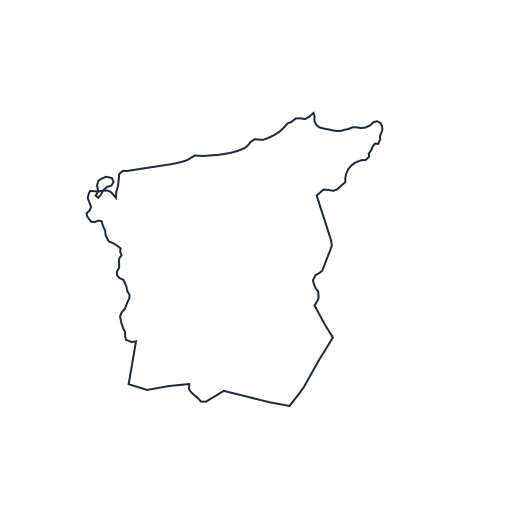 Ipojuca, Pernambuco, Brazil, rotated 239°
{"feature_id": "56859067B31320114840690", "entity_name": "Ipojuca", "entity_type": "district", "adm_level": 2, "iso_a3": "BRA", "parent_name": "Brazil", "parent_adm1": "Pernambuco", "projection": "robinson", "projection_center": [-35.046, -8.459], "detail": "fine", "context": "isolated", "style": "outline", "palette": "slate", "viewbox_px": 512, "rotation_deg": 239, "n_neighbors": 0, "source": "geoboundaries", "source_scale": "gbopen_adm2", "svg_char_len": 2479}
<svg xmlns="http://www.w3.org/2000/svg" viewBox="0 0 512 512"><g transform="rotate(239 256 256)"><path d="M211.7,80.8L199.9,91.3L197.3,93.6L189.3,114.6L180.6,132.9L176.7,130.1L173.3,130.1L169.4,131.2L162.9,133.3L159.6,133.8L156.9,138.1L157.0,158.9L123.7,192.2L110.2,207.5L115.5,221.3L118.8,229.2L134.2,256.1L146.5,279.9L161.7,279.7L183.5,280.7L185.6,285.0L187.7,287.9L193.4,291.0L197.5,290.5L202.0,291.2L205.8,292.2L208.9,297.1L208.8,301.9L209.3,305.2L223.0,322.9L225.9,326.4L230.9,328.5L234.9,329.4L262.8,335.9L267.1,336.9L276.6,339.2L277.2,342.6L278.2,347.9L275.7,351.7L272.0,355.9L271.3,360.1L272.3,364.6L273.3,370.7L276.6,372.5L279.9,375.5L282.9,379.7L284.5,384.7L285.0,388.6L284.0,395.1L281.8,399.7L282.9,404.1L285.7,405.4L287.6,409.6L289.7,412.4L291.1,415.7L289.2,418.5L291.9,422.4L294.9,424.0L296.8,426.6L299.3,429.5L302.5,430.9L305.8,431.2L309.2,429.2L310.2,425.3L309.2,421.5L309.6,416.2L311.7,411.7L314.5,408.5L316.6,405.0L317.3,400.4L318.6,396.7L319.6,393.0L321.5,389.7L323.5,387.2L326.2,384.4L329.1,381.0L333.8,376.4L337.5,375.2L341.7,375.7L346.0,378.3L349.0,379.0L348.0,373.4L348.1,368.5L350.8,365.4L353.4,361.1L352.7,355.2L353.4,351.5L351.6,345.6L350.5,340.2L350.3,334.0L350.7,329.0L351.2,325.5L351.9,322.0L354.1,318.7L356.7,315.2L356.6,310.1L355.1,306.5L354.4,302.3L354.9,298.2L355.6,294.1L357.0,289.0L358.5,284.8L360.5,279.6L362.5,274.8L364.2,271.7L365.8,268.5L368.4,263.1L371.0,259.1L373.6,255.4L373.7,251.0L373.6,246.7L374.6,242.1L376.5,235.8L377.7,232.6L378.9,229.2L380.3,226.1L382.3,220.9L384.2,216.3L386.5,210.8L388.1,206.9L391.2,199.3L393.0,195.0L395.1,189.6L397.5,185.8L396.8,181.1L387.6,174.2L382.9,169.2L378.0,165.9L385.8,164.5L388.6,162.4L390.8,158.6L388.5,154.7L387.1,150.8L390.4,149.7L392.5,153.9L395.1,150.4L397.2,147.1L394.7,143.8L392.3,141.6L388.2,140.9L382.9,139.9L380.8,136.8L379.8,132.7L376.9,131.7L370.5,132.2L368.1,135.5L367.6,139.0L365.2,141.6L360.6,140.3L355.3,139.7L351.0,137.7L344.3,137.3L339.9,140.6L335.8,142.5L332.2,143.9L329.8,141.8L326.0,141.2L324.3,137.5L321.5,135.5L316.5,132.7L314.0,128.5L311.0,127.0L307.4,127.6L303.8,130.1L296.4,129.1L292.2,127.6L287.9,127.6L285.2,125.9L282.1,121.3L278.3,116.5L276.9,111.9L274.3,108.4L268.3,106.2L265.4,105.6L261.9,104.8L258.7,104.8L254.5,102.5L251.1,101.4L246.2,105.1L244.7,109.2L235.3,101.2L211.7,80.8ZM390.8,158.6L392.0,163.4L390.8,168.4L392.8,172.0L397.1,172.6L401.2,168.2L401.8,163.4L401.6,159.5L398.5,156.2L392.5,153.9L390.8,158.6Z" fill="none" stroke="#1e293b" stroke-width="2"/></g></svg>